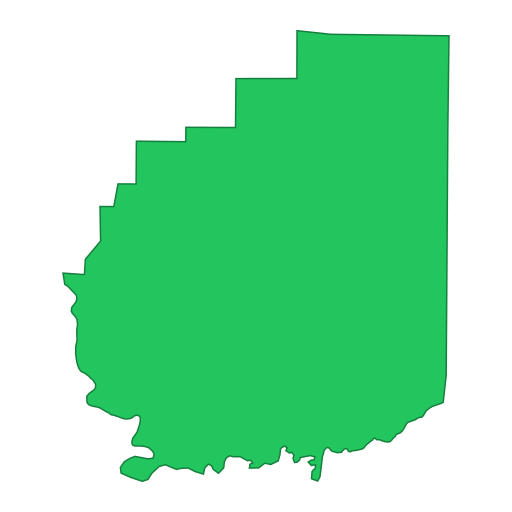 the district of Clarion, Pennsylvania, United States of America
{"feature_id": "52423323B69998039622942", "entity_name": "Clarion", "entity_type": "district", "adm_level": 2, "iso_a3": "USA", "parent_name": "United States of America", "parent_adm1": "Pennsylvania", "projection": "robinson", "projection_center": [-79.501, 41.202], "detail": "fine", "context": "isolated", "style": "filled", "palette": "green", "viewbox_px": 512, "rotation_deg": 0, "n_neighbors": 0, "source": "geoboundaries", "source_scale": "gbopen_adm2", "svg_char_len": 3087}
<svg xmlns="http://www.w3.org/2000/svg" viewBox="0 0 512 512"><path d="M68.1,286.5L69.0,287.5L72.0,290.7L74.7,293.4L76.0,294.9L76.8,297.0L76.5,300.6L76.0,301.6L75.5,302.6L73.6,305.0L72.3,306.6L71.7,307.6L71.3,311.0L72.3,313.2L74.0,315.1L74.8,316.1L75.7,317.2L76.5,318.4L77.0,319.7L77.6,325.1L76.8,329.3L76.8,333.4L77.1,339.4L76.5,343.0L75.8,346.1L75.7,349.0L75.8,351.0L75.6,352.8L76.3,358.9L76.9,362.3L77.8,365.5L78.8,368.0L79.4,369.2L80.4,370.6L82.0,372.0L83.5,372.5L85.8,373.9L89.3,376.6L90.6,378.2L92.5,379.6L93.5,380.9L93.9,381.6L94.5,382.5L95.0,383.4L95.7,384.8L95.5,387.7L94.0,389.9L89.4,393.2L87.3,395.6L86.8,396.6L86.9,401.5L87.5,403.3L89.1,404.8L90.1,405.3L91.6,405.9L93.3,406.2L95.2,406.7L96.8,406.9L98.8,407.5L100.2,408.1L103.7,410.2L106.5,411.8L108.7,412.9L111.0,414.7L113.2,415.1L115.2,415.7L117.5,416.4L118.5,416.7L119.9,417.3L120.6,417.6L123.5,418.6L126.4,419.0L130.8,418.4L133.0,417.0L134.7,415.7L137.2,415.1L139.6,416.3L140.2,417.5L140.3,420.9L139.8,423.5L139.4,424.8L139.1,426.1L137.8,430.2L137.3,431.5L137.0,432.1L136.7,432.7L135.6,434.2L134.5,435.8L133.8,436.7L132.7,438.4L131.9,441.7L132.2,444.3L133.1,445.4L135.2,446.0L141.0,446.0L144.9,446.5L147.6,447.3L149.0,447.9L152.1,450.7L154.2,453.8L153.0,458.3L147.8,458.8L134.9,456.4L130.8,458.0L128.1,459.4L124.3,461.8L120.4,467.5L121.1,473.1L130.7,477.4L142.4,481.3L148.0,479.4L151.8,473.3L158.9,466.6L165.2,464.7L176.5,469.4L181.2,468.3L188.1,468.0L195.0,471.5L203.4,474.1L204.8,467.9L208.4,464.1L211.6,465.8L213.2,469.3L218.5,473.3L223.7,467.8L224.4,461.7L226.4,457.7L229.8,455.8L232.9,456.7L240.3,456.7L247.5,460.7L250.4,460.2L252.8,462.9L250.0,464.2L249.4,468.1L253.3,468.0L258.7,467.9L264.8,463.2L270.7,464.5L278.2,460.9L279.9,454.8L280.6,448.5L284.4,446.0L287.1,447.8L285.9,450.7L289.5,453.0L291.7,452.4L294.0,455.2L293.0,458.4L294.6,462.5L297.1,462.2L299.6,460.0L300.2,457.6L303.7,456.9L310.2,455.6L315.0,456.9L313.9,460.2L311.5,460.0L308.2,462.0L311.4,465.5L313.7,465.0L315.5,464.9L315.3,468.2L312.1,471.3L311.5,478.8L317.7,481.0L320.0,476.6L320.8,470.5L322.4,456.7L324.4,450.0L326.0,448.2L327.5,447.5L329.3,448.1L330.2,449.5L331.9,451.2L337.2,452.7L341.4,452.3L343.1,450.2L344.3,449.1L345.6,448.7L347.3,449.0L347.8,450.0L348.4,451.4L350.5,451.7L352.0,450.9L355.9,450.4L359.3,449.7L361.4,449.2L363.3,448.4L364.3,447.4L364.7,446.7L366.6,444.6L369.3,442.4L372.8,439.7L373.5,438.5L374.8,438.1L376.7,439.7L380.0,439.8L381.7,440.7L384.5,441.5L387.4,442.0L389.9,441.7L391.7,440.1L393.4,438.0L395.4,436.2L396.0,434.7L398.7,433.4L400.1,432.9L402.2,431.1L404.0,428.5L405.2,426.0L405.8,425.0L406.4,424.2L406.7,423.5L407.9,422.4L409.8,421.7L411.8,420.9L414.3,420.1L415.6,419.6L417.3,418.3L419.7,417.3L421.8,417.1L423.5,415.4L423.9,414.6L424.3,413.9L425.5,412.0L426.2,410.8L429.2,408.3L432.4,406.4L441.3,403.3L443.2,402.3L446.2,375.2L447.8,131.2L449.0,35.8L330.6,34.3L297.0,30.7L296.9,78.5L236.0,78.6L235.5,127.5L185.9,127.3L185.8,141.7L136.4,141.2L136.1,184.0L118.0,183.9L113.8,206.6L100.0,206.5L100.6,241.0L85.4,259.2L84.4,274.6L63.0,273.1L64.8,284.4L68.1,286.5Z" fill="#22c55e" stroke="#15803d" stroke-width="1.5"/></svg>